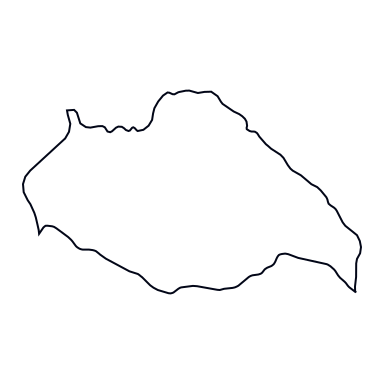 SVG path tracing the border of Artigas
{"feature_id": "URY-6", "entity_name": "Artigas", "entity_type": "Department", "adm_level": 1, "iso_a3": "URY", "parent_name": "Uruguay", "parent_adm1": "", "projection": "mercator", "projection_center": [-56.902, -30.588], "detail": "fine", "context": "isolated", "style": "outline", "palette": "ink", "viewbox_px": 384, "rotation_deg": 0, "n_neighbors": 0, "source": "natural_earth", "source_scale": "10m", "svg_char_len": 2386}
<svg xmlns="http://www.w3.org/2000/svg" viewBox="0 0 384 384"><path d="M74.1,109.9L76.9,112.7L80.3,123.4L85.9,127.1L90.4,127.6L98.2,126.2L102.4,126.1L104.8,127.3L107.5,131.5L110.2,132.2L112.0,131.3L116.0,127.7L118.3,126.6L121.8,126.8L124.0,128.2L125.9,130.0L128.5,131.0L129.9,130.5L132.1,127.8L133.2,127.3L134.6,128.0L136.8,130.4L137.7,131.0L143.4,129.8L148.6,125.7L152.1,119.9L153.1,113.4L154.4,108.2L158.2,101.5L163.0,95.6L167.5,92.5L169.3,92.7L172.6,94.2L174.5,94.3L178.0,92.4L179.2,92.0L185.7,90.7L189.3,90.6L197.9,93.0L204.5,91.9L211.2,91.7L217.6,96.2L220.9,101.7L222.6,103.9L233.7,111.5L239.2,114.1L242.2,116.2L244.9,118.8L246.5,121.6L247.1,125.8L246.6,127.9L246.8,129.2L249.6,131.0L251.4,131.5L253.1,131.5L254.9,131.7L256.8,132.9L257.7,134.0L259.3,136.6L265.9,144.2L268.1,146.0L271.1,148.7L280.5,154.8L283.5,157.9L287.8,165.1L290.4,168.6L292.8,170.7L300.9,175.3L311.4,184.2L317.2,187.1L320.8,190.5L326.4,197.3L327.4,199.5L327.9,201.7L328.6,203.7L330.6,205.4L334.1,207.7L335.6,209.1L336.8,210.9L342.7,222.4L345.3,225.8L357.0,235.2L359.8,241.0L361.0,247.1L360.1,253.3L357.0,258.9L356.2,263.4L356.1,277.0L355.0,286.5L355.1,291.0L356.0,292.5L355.8,292.3L349.2,287.2L347.8,285.7L346.0,283.2L344.7,281.8L340.1,277.8L338.1,275.4L335.4,271.1L334.1,269.5L330.5,266.3L327.6,264.5L326.4,264.1L298.2,257.9L288.3,254.2L286.9,253.9L285.1,253.6L281.9,254.0L280.2,254.4L278.9,255.0L278.2,255.8L277.6,256.6L276.6,258.5L275.3,261.6L274.2,263.5L273.6,264.3L272.0,265.6L271.2,266.1L267.2,267.7L265.5,268.8L264.7,269.4L262.2,272.6L261.4,273.3L260.5,273.8L258.4,274.5L252.5,275.3L250.5,276.0L248.8,277.0L238.4,285.7L236.7,286.6L234.8,287.4L232.6,287.9L224.1,288.8L219.8,290.0L217.3,289.8L197.1,286.2L192.9,285.9L181.2,287.4L180.0,287.8L178.3,288.8L173.5,292.5L172.5,292.9L171.5,293.2L170.3,293.4L168.5,293.2L157.8,290.0L153.5,287.7L150.2,285.3L142.0,277.1L141.9,277.1L139.2,274.9L137.9,274.0L129.4,271.3L105.9,258.7L100.0,254.5L98.9,253.5L96.0,251.2L94.6,250.6L92.7,250.1L89.0,249.6L82.7,249.6L81.2,249.3L79.5,248.7L77.4,247.4L76.2,246.4L75.4,245.4L72.4,241.3L71.1,239.8L68.1,237.0L56.5,228.4L54.1,226.9L52.2,226.3L47.3,225.7L45.5,225.8L44.3,226.7L43.4,227.5L39.1,233.8L38.7,230.1L37.5,224.7L35.8,217.4L34.3,212.8L30.4,204.2L27.7,200.2L23.7,192.2L23.0,184.1L25.3,176.7L30.2,170.6L65.2,138.4L69.0,131.8L70.3,123.8L67.8,114.9L67.0,110.4L74.1,109.9Z" fill="none" stroke="#020617" stroke-width="2"/></svg>